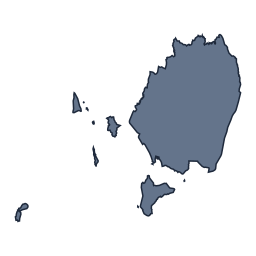 outline of Kantang, Trang, Thailand
{"feature_id": "78962969B56840813019063", "entity_name": "Kantang", "entity_type": "district", "adm_level": 2, "iso_a3": "THA", "parent_name": "Thailand", "parent_adm1": "Trang", "projection": "equal_earth", "projection_center": [99.388, 7.37], "detail": "fine", "context": "isolated", "style": "filled", "palette": "slate", "viewbox_px": 256, "rotation_deg": 0, "n_neighbors": 0, "source": "geoboundaries", "source_scale": "gbopen_adm2", "svg_char_len": 5863}
<svg xmlns="http://www.w3.org/2000/svg" viewBox="0 0 256 256"><path d="M221.5,154.1L224.5,138.1L226.8,131.7L227.7,127.4L230.8,120.1L232.2,116.1L233.4,114.0L235.1,111.8L236.0,110.1L238.4,101.7L240.6,92.7L239.1,91.3L239.3,88.8L240.6,84.6L240.3,82.5L239.6,81.8L239.9,81.1L239.7,80.4L239.9,78.1L239.6,76.8L239.3,76.3L238.9,76.3L238.8,75.5L239.2,75.1L238.7,74.7L238.2,73.0L238.5,72.8L238.6,72.2L238.1,70.7L238.3,69.8L238.1,68.0L237.6,66.7L237.5,65.0L237.0,64.7L237.1,64.2L236.4,62.3L236.4,58.8L235.3,58.2L235.4,57.5L233.3,55.9L232.0,56.2L229.0,53.1L227.5,49.1L227.4,47.3L225.9,45.4L224.7,44.7L222.9,38.4L221.3,35.5L220.0,34.6L219.4,34.7L218.8,35.5L219.1,37.3L217.1,37.1L216.1,39.1L215.1,39.7L215.0,41.6L215.5,43.1L215.2,43.9L214.7,43.7L214.4,41.9L213.9,41.5L212.6,42.1L211.7,43.8L211.3,43.8L211.0,42.8L210.3,43.1L209.5,42.8L209.7,43.3L209.3,43.5L209.3,44.3L209.2,43.9L208.9,44.2L208.6,43.5L208.1,43.7L207.3,43.1L207.1,43.5L206.6,43.5L206.3,44.1L205.1,44.3L204.6,45.0L204.3,44.7L204.6,44.4L204.7,43.3L204.4,43.3L205.2,41.9L205.1,40.4L204.9,40.3L205.2,38.8L204.6,38.7L204.2,37.6L203.6,37.6L203.5,36.9L202.9,37.2L202.3,35.4L202.1,36.1L200.7,36.7L200.3,36.1L199.5,36.7L199.0,36.5L198.7,35.5L198.1,35.4L198.0,36.2L195.5,38.0L195.5,38.5L194.9,39.1L194.8,40.0L194.3,40.5L192.7,40.2L192.7,41.2L192.1,41.8L191.8,43.9L191.2,44.7L189.5,45.2L189.3,44.5L188.7,44.4L188.0,44.7L187.5,45.4L186.7,45.4L186.5,45.8L185.7,44.9L184.7,44.6L183.3,44.7L182.2,43.5L179.8,42.6L179.3,41.0L177.2,41.0L175.6,38.2L175.3,39.0L174.8,39.0L173.9,39.7L173.7,40.6L174.1,41.2L173.0,43.5L173.1,44.9L172.6,45.3L173.3,47.2L173.7,47.4L173.8,49.2L174.5,50.1L173.9,50.4L173.7,51.0L174.1,52.1L174.5,51.9L174.8,52.5L174.5,54.0L174.8,54.4L174.8,55.9L173.7,56.7L172.1,55.5L170.7,56.7L169.0,57.3L167.2,57.4L166.8,57.8L167.1,58.8L166.0,59.6L166.5,62.3L166.4,64.7L165.3,68.7L163.2,67.9L161.7,66.9L160.2,67.4L158.6,66.5L157.6,72.2L156.6,73.6L155.5,74.2L154.9,74.1L154.1,73.1L152.8,72.2L150.1,71.7L150.1,74.5L148.4,79.1L148.3,81.4L148.6,82.2L147.5,84.2L147.2,86.4L147.3,87.3L147.0,87.9L146.4,87.4L145.5,87.3L144.5,88.9L144.2,91.0L142.8,93.3L143.0,95.6L143.6,95.2L143.7,96.9L142.8,98.0L142.4,97.8L141.6,98.4L141.8,98.8L141.5,98.9L141.6,99.2L141.0,99.3L140.9,99.9L140.0,100.6L140.3,101.2L139.8,101.7L140.3,101.9L140.0,102.8L139.6,103.3L138.8,103.2L138.5,103.5L138.6,103.9L139.2,103.7L139.3,104.1L138.2,104.4L137.8,103.5L137.3,103.4L136.9,105.4L135.3,105.8L135.2,106.9L136.5,109.1L136.6,109.7L135.3,111.5L134.7,111.5L133.8,110.9L133.1,111.8L129.6,120.4L129.4,121.9L129.7,123.1L137.4,132.6L139.7,133.9L138.6,136.3L138.6,137.6L142.6,144.4L143.7,143.5L145.0,144.7L149.5,152.8L151.1,156.6L152.4,160.7L152.3,161.5L153.1,161.8L153.5,162.9L153.8,163.0L155.4,161.9L155.1,159.5L155.8,156.2L158.9,157.1L159.0,158.4L161.0,161.4L161.5,162.6L162.2,166.4L163.9,166.0L164.8,165.4L166.2,165.5L167.8,166.7L168.6,166.7L171.1,168.6L173.5,169.3L174.0,169.7L174.6,170.9L175.5,170.5L177.0,171.2L177.9,172.4L178.6,171.7L179.7,172.0L182.2,174.0L183.2,173.8L185.6,170.9L187.4,170.0L188.3,169.0L188.7,168.1L188.4,167.2L188.7,165.5L188.5,164.5L189.0,163.3L188.9,161.0L197.6,161.2L198.0,162.1L202.1,166.3L204.2,167.4L205.2,167.2L208.8,167.8L209.1,168.7L208.4,172.2L213.0,171.1L214.8,170.0L215.6,168.8L216.1,164.0L220.8,155.9L221.5,154.1ZM153.5,183.1L149.5,177.9L149.2,175.8L148.3,175.5L147.5,175.9L147.4,178.4L146.0,179.9L144.7,182.9L143.6,183.3L142.9,182.4L141.7,183.5L141.3,187.4L142.9,195.9L140.4,206.0L140.4,206.8L142.9,209.8L142.7,210.5L144.1,213.7L146.7,215.4L148.2,215.9L149.4,215.5L149.8,214.8L150.3,214.7L150.7,213.7L152.1,213.5L151.7,210.6L151.9,209.6L151.3,208.5L151.5,205.7L154.8,202.7L155.2,201.8L156.3,200.7L156.6,199.4L157.4,199.2L158.2,197.5L160.6,196.3L161.1,197.2L162.2,196.6L164.4,194.4L166.8,194.5L167.7,193.9L168.4,194.2L169.8,193.3L173.2,192.4L174.6,189.5L174.3,188.9L173.3,188.5L170.3,188.1L169.5,187.7L166.2,183.3L165.3,183.5L164.3,183.3L159.4,185.4L156.1,185.8L154.1,185.2L153.7,185.5L153.4,184.7L153.5,183.1ZM111.8,117.7L110.5,116.5L109.5,116.9L108.3,117.9L107.4,117.8L106.7,118.3L108.3,119.6L108.7,120.8L108.2,121.9L108.1,122.8L109.0,124.4L109.4,124.2L109.6,124.5L109.4,125.3L108.2,126.0L108.4,127.0L107.9,127.9L107.7,129.7L107.8,130.3L108.3,130.5L110.0,130.2L110.9,132.3L111.9,132.7L112.2,134.0L111.9,134.7L112.9,136.2L114.4,136.5L114.9,136.9L115.1,136.7L115.1,136.1L116.2,135.5L115.9,134.6L116.7,133.0L116.0,131.5L116.9,129.8L116.8,128.1L120.2,125.5L116.6,124.4L116.3,123.1L115.3,122.4L114.9,121.2L114.1,119.9L113.6,117.0L112.9,116.9L111.8,117.7ZM79.6,106.1L77.7,98.7L74.8,93.3L74.2,92.8L73.9,94.7L74.0,97.8L73.2,100.9L73.6,109.0L73.0,111.4L73.0,112.5L74.0,112.7L78.3,110.6L79.4,110.6L80.8,111.3L81.2,111.1L80.9,108.7L79.6,106.1ZM19.7,218.4L20.9,214.2L20.7,212.4L17.7,210.3L17.7,211.1L17.2,211.5L16.4,213.9L16.1,216.4L15.4,216.8L16.0,220.3L17.4,220.1L18.0,221.4L18.6,221.0L19.5,221.0L19.7,218.4ZM26.5,204.0L25.1,203.5L23.9,204.1L23.0,204.1L21.8,205.5L20.6,207.9L18.7,208.4L18.8,209.6L19.6,210.6L20.5,210.7L22.5,209.7L26.8,208.6L27.8,207.3L28.0,206.1L27.7,205.2L26.5,204.0ZM93.7,148.6L93.4,147.5L93.0,149.0L93.8,152.4L93.7,154.7L94.7,157.3L94.6,158.6L95.3,160.4L94.7,162.2L95.1,163.5L94.9,164.1L96.3,166.5L96.1,165.0L96.7,163.5L97.9,162.1L98.2,160.9L95.6,155.9L95.4,155.1L95.7,154.8L94.7,153.3L94.3,151.0L94.3,149.3L93.7,148.6ZM93.8,124.1L94.2,123.2L93.7,121.3L93.1,121.5L92.5,122.2L93.0,123.7L93.8,124.1ZM158.0,159.1L158.6,158.4L158.4,157.5L157.5,157.5L156.9,157.9L157.0,158.6L158.0,159.1ZM87.1,108.0L86.5,107.9L86.4,109.0L87.2,109.0L87.1,108.0ZM88.0,109.7L87.3,108.7L87.2,108.9L87.5,109.0L87.6,109.9L87.9,110.2L88.0,109.7ZM138.2,207.3L138.3,206.7L137.8,206.2L137.7,207.0L138.2,207.3ZM184.2,181.3L184.7,181.0L184.5,180.2L184.0,180.9L184.2,181.3ZM152.3,163.6L151.9,163.9L152.8,164.3L152.7,164.0L152.3,163.6ZM83.9,102.2L83.6,102.1L83.5,102.4L84.1,103.1L83.9,102.2Z" fill="#64748b" stroke="#1e293b" stroke-width="1.5"/></svg>